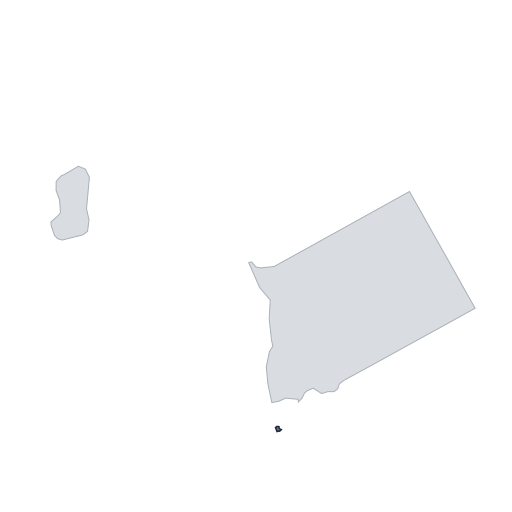 Corisco, Equatorial Guinea shown in context, rotated 331°
{"feature_id": "11065452B63780080368940", "entity_name": "Corisco", "entity_type": "district", "adm_level": 2, "iso_a3": "GNQ", "parent_name": "Equatorial Guinea", "parent_adm1": "", "projection": "mercator", "projection_center": [9.322, 0.913], "detail": "fine", "context": "in_parent", "style": "filled", "palette": "slate", "viewbox_px": 512, "rotation_deg": 331, "n_neighbors": 0, "source": "geoboundaries", "source_scale": "gbopen_adm2", "svg_char_len": 2023}
<svg xmlns="http://www.w3.org/2000/svg" viewBox="0 0 512 512"><g transform="rotate(331 256 256)"><path d="M421.5,274.0L421.7,300.6L421.8,323.0L422.0,347.3L422.1,372.6L422.2,394.1L422.3,407.9L398.8,407.9L367.7,407.8L336.5,407.7L305.4,407.6L289.7,407.5L272.5,407.4L266.9,408.2L263.1,411.7L258.5,412.5L253.2,409.5L246.7,408.1L245.0,405.0L241.8,399.3L235.3,398.7L232.1,399.3L227.5,402.6L222.3,404.2L223.3,401.7L213.0,394.7L205.6,394.1L198.8,391.9L204.3,373.9L211.2,358.0L221.5,346.0L227.0,343.1L228.8,337.1L237.0,317.5L247.1,301.5L243.9,285.4L246.4,258.3L249.3,259.0L249.8,261.6L250.5,265.4L254.3,268.7L266.9,274.0L304.4,274.0L326.8,274.0L359.9,274.0L394.9,274.0L421.5,274.0ZM124.3,91.4L127.1,91.8L144.2,91.4L148.9,97.4L148.4,106.4L130.7,132.5L127.4,143.5L120.6,152.8L114.7,153.5L94.3,148.1L90.9,144.7L89.7,140.3L91.7,129.9L93.2,126.7L102.9,124.7L106.1,123.1L111.3,111.8L113.0,101.6L117.4,93.9L124.3,91.4Z" fill="#d9dde1" stroke="#a8b0b8" stroke-width="1"/><path d="M191.8,415.4L191.6,415.3L191.4,415.2L191.2,415.4L190.8,415.4L190.7,415.5L190.4,415.4L190.3,415.5L190.1,415.5L189.9,415.5L189.8,415.9L189.8,416.0L189.8,416.3L189.7,416.4L189.7,416.5L189.7,416.8L189.6,417.1L189.6,417.3L189.6,417.6L189.6,417.9L189.6,418.1L189.6,418.4L189.6,418.5L189.4,418.6L189.4,418.8L189.5,419.0L189.4,419.0L189.3,419.3L189.3,419.5L189.3,419.8L189.5,419.8L189.7,419.7L189.8,419.7L190.0,419.6L190.3,419.7L190.5,419.9L190.7,420.0L190.8,420.1L190.9,420.3L191.0,420.4L191.1,420.5L191.4,420.6L191.5,420.6L191.8,420.5L192.0,420.5L192.3,420.6L192.5,420.6L192.8,420.5L192.8,420.4L193.0,420.3L193.3,420.2L193.5,420.2L193.8,420.2L194.0,420.1L193.9,420.0L193.8,419.9L193.7,419.9L193.6,419.7L193.4,419.5L193.3,419.4L193.2,419.1L193.1,418.8L193.0,418.7L192.9,418.5L192.8,418.1L192.8,417.8L192.8,417.7L192.8,417.4L192.9,417.2L193.0,417.1L193.1,416.9L193.2,416.7L193.3,416.6L193.1,416.5L193.1,416.4L192.9,416.1L192.7,415.8L192.5,415.7L192.4,415.7L192.2,415.5L192.0,415.4L191.9,415.4L191.8,415.4Z" fill="#64748b" stroke="#1e293b" stroke-width="1.5"/></g></svg>